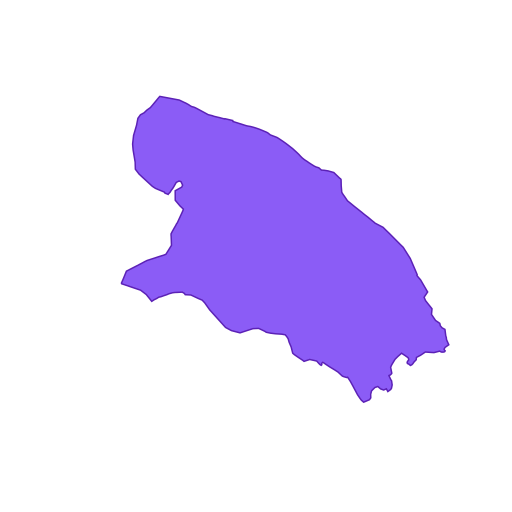 Al Marawi'ah, Al Hudaydah, Yemen (Albers equal-area conic projection), rotated 56°
{"feature_id": "15242507B52368246204480", "entity_name": "Al Marawi'ah", "entity_type": "district", "adm_level": 2, "iso_a3": "YEM", "parent_name": "Yemen", "parent_adm1": "Al Hudaydah", "projection": "albers", "projection_center": [43.217, 14.842], "detail": "fine", "context": "isolated", "style": "filled", "palette": "violet", "viewbox_px": 512, "rotation_deg": 56, "n_neighbors": 0, "source": "geoboundaries", "source_scale": "gbopen_adm2", "svg_char_len": 4434}
<svg xmlns="http://www.w3.org/2000/svg" viewBox="0 0 512 512"><g transform="rotate(56 256 256)"><path d="M69.9,246.5L70.3,248.1L73.0,257.3L73.9,260.6L74.0,264.6L74.3,266.6L74.4,267.1L74.5,267.6L74.7,268.8L74.6,269.6L74.5,270.8L74.3,272.8L74.4,273.1L75.7,276.6L75.8,276.9L78.3,279.4L78.7,279.8L80.7,281.8L87.6,290.1L94.2,295.7L99.4,298.6L110.6,303.7L116.6,307.5L122.9,307.1L140.2,303.0L143.6,301.6L144.7,300.9L147.6,299.0L151.7,296.3L153.1,296.3L154.0,295.6L155.3,294.7L155.8,294.4L155.6,294.0L155.1,291.6L154.1,289.4L153.5,287.5L153.4,287.2L152.4,285.0L151.1,282.4L150.4,280.9L150.8,277.9L152.4,276.6L156.2,277.2L157.4,279.1L157.3,279.8L156.7,286.5L157.0,286.7L164.2,291.5L164.4,291.6L164.7,291.8L172.0,291.0L176.5,290.0L177.7,291.5L184.5,302.7L184.7,303.3L184.8,303.7L185.9,305.7L186.9,307.8L188.8,311.6L190.1,314.0L191.1,314.7L192.5,315.5L194.1,316.5L195.9,317.6L197.0,318.3L199.9,320.1L204.0,329.3L204.2,329.9L204.0,330.6L203.6,332.3L202.5,335.9L201.8,338.3L201.2,340.5L198.8,348.8L198.4,351.7L198.3,353.1L197.5,360.2L196.1,371.9L199.4,376.8L201.2,379.5L201.3,379.7L202.2,381.1L203.2,382.7L203.9,382.9L219.8,370.8L226.6,368.5L235.3,367.8L235.3,367.6L235.3,365.0L235.7,362.2L235.8,359.6L236.6,357.6L237.4,354.4L238.2,351.6L238.6,349.4L239.8,345.8L240.8,343.8L242.4,341.2L243.0,340.2L243.9,338.7L244.8,337.3L246.1,336.7L247.0,336.3L248.5,336.3L251.9,331.8L259.1,327.5L262.5,325.3L266.2,324.7L274.8,324.5L298.2,321.2L304.1,318.1L310.8,312.2L311.8,308.6L314.3,299.9L314.5,299.2L317.0,295.1L317.6,294.2L321.5,291.9L323.2,290.9L323.8,290.6L324.9,290.2L328.1,287.1L331.4,283.3L335.1,278.5L337.7,275.8L340.1,275.6L342.5,275.6L346.2,276.8L351.0,277.7L357.1,279.9L359.1,279.4L359.9,279.1L363.5,277.7L368.8,275.5L369.2,275.4L370.2,275.1L371.8,269.5L371.8,269.3L372.3,268.9L376.3,265.1L377.1,264.4L380.1,264.0L381.7,263.7L383.1,263.1L383.0,262.4L382.8,262.1L382.3,262.0L381.8,261.6L381.4,260.3L382.0,259.8L385.3,258.5L389.4,256.8L394.8,254.3L398.1,252.9L398.6,252.8L403.8,251.6L405.0,250.8L406.0,250.0L407.6,248.6L407.8,247.8L413.0,247.9L418.3,248.4L427.8,249.4L432.0,249.4L434.4,249.3L437.4,248.5L438.6,242.3L438.5,242.1L438.3,241.5L437.8,240.2L434.7,238.2L434.1,237.5L432.4,235.6L431.8,232.5L431.5,230.9L431.9,229.6L432.0,229.2L432.3,228.0L435.9,227.0L438.5,225.1L439.0,222.2L442.1,222.5L442.0,219.0L441.4,217.6L440.3,216.5L439.0,215.2L435.3,213.4L433.9,213.4L432.2,213.1L430.1,212.8L429.7,212.7L429.4,212.6L429.4,212.3L429.5,212.0L429.7,211.7L429.7,211.0L429.5,209.9L429.3,209.2L429.0,208.9L423.5,206.6L423.0,205.8L422.3,204.7L422.1,204.3L421.1,202.2L419.4,198.5L419.0,196.5L418.6,194.4L418.0,189.7L420.7,188.6L421.8,188.1L423.5,187.5L425.2,186.8L426.7,187.0L427.6,187.7L428.1,189.4L429.1,190.5L430.2,190.4L431.0,189.8L433.1,189.2L433.2,188.4L433.3,187.6L433.0,186.2L432.2,184.2L432.2,183.8L432.1,183.6L431.6,181.2L429.9,179.8L429.8,179.7L430.3,175.1L430.3,173.7L430.3,169.5L430.3,169.3L434.0,164.6L435.6,162.5L437.6,156.9L438.7,156.4L439.6,155.7L440.7,153.9L440.8,152.9L440.4,152.2L439.8,152.3L438.7,152.3L438.1,151.7L437.5,150.3L437.4,145.8L432.9,145.0L431.6,144.7L430.0,143.8L429.7,143.7L428.5,143.4L422.5,140.4L419.6,141.9L417.0,142.2L414.6,141.3L409.8,143.2L402.6,143.2L398.2,139.6L391.9,140.1L387.8,140.4L384.2,139.7L381.8,133.8L379.7,133.7L376.9,133.5L376.5,133.5L367.9,132.9L364.4,133.3L362.2,133.5L361.6,132.8L354.4,131.4L344.3,129.5L331.1,129.1L326.8,130.0L312.6,132.7L307.4,133.8L303.3,134.6L295.2,139.0L294.5,139.1L291.6,140.0L286.7,141.4L282.5,142.8L280.9,143.3L279.1,143.8L272.5,145.9L270.0,146.7L266.3,147.8L261.4,149.3L256.6,149.3L253.3,149.4L251.7,149.3L251.3,149.3L251.0,149.2L245.3,146.0L240.3,142.8L239.3,142.7L238.4,143.1L230.3,144.8L225.8,148.6L223.1,151.5L221.4,153.7L218.0,154.6L215.8,156.4L214.1,157.4L211.2,158.7L208.4,159.9L206.0,160.8L205.6,161.0L203.2,162.0L200.7,162.8L198.2,163.3L195.5,163.7L192.8,164.3L190.3,164.9L187.4,165.6L184.7,166.5L181.9,167.4L179.3,168.3L176.1,169.5L172.9,170.8L170.5,171.8L169.3,172.4L163.6,176.4L160.4,177.4L158.5,178.5L158.1,178.8L155.5,180.5L154.0,181.5L152.8,182.3L150.0,184.4L148.0,186.0L145.5,188.2L143.4,190.4L142.4,191.3L131.6,199.9L130.7,199.5L125.1,204.7L124.8,205.0L124.9,205.3L122.8,207.2L120.7,209.0L120.3,209.4L118.9,210.7L116.6,212.8L115.3,213.7L112.1,216.6L108.2,218.6L100.4,222.7L99.9,223.0L99.5,223.2L98.7,223.7L97.8,224.3L96.1,225.8L93.8,226.9L93.1,227.1L90.0,228.7L88.4,229.7L83.8,232.4L69.9,246.5Z" fill="#8b5cf6" stroke="#5b21b6" stroke-width="1.5"/></g></svg>